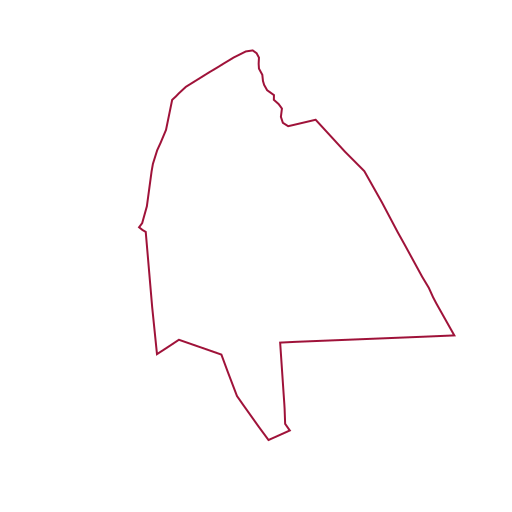 Geminiano, Piauí, Brazil (orthographic projection), rotated 55°
{"feature_id": "56859067B90683897163766", "entity_name": "Geminiano", "entity_type": "district", "adm_level": 2, "iso_a3": "BRA", "parent_name": "Brazil", "parent_adm1": "Piauí", "projection": "orthographic", "projection_center": [-41.357, -7.203], "detail": "fine", "context": "isolated", "style": "outline", "palette": "rose", "viewbox_px": 512, "rotation_deg": 55, "n_neighbors": 0, "source": "geoboundaries", "source_scale": "gbopen_adm2", "svg_char_len": 945}
<svg xmlns="http://www.w3.org/2000/svg" viewBox="0 0 512 512"><g transform="rotate(55 256 256)"><path d="M165.4,335.3L169.5,334.1L173.0,332.5L238.2,370.3L279.6,393.4L280.1,378.7L280.4,367.2L316.9,340.9L334.4,345.5L359.8,351.9L370.9,351.9L397.5,351.7L413.9,351.3L418.3,328.4L410.2,328.4L397.4,320.1L393.5,317.7L384.7,312.4L340.8,285.9L348.9,273.0L418.7,164.3L434.8,139.1L398.3,135.5L391.3,134.6L381.2,132.7L368.3,131.8L332.6,127.8L318.0,126.3L284.4,122.1L248.6,118.6L221.6,123.3L178.6,129.0L169.9,150.8L168.1,155.2L162.3,157.6L156.3,155.8L150.1,150.2L144.6,150.3L138.3,151.8L134.5,149.0L126.6,151.8L120.5,151.2L116.6,149.9L111.2,146.9L104.2,146.1L100.1,143.6L95.2,139.8L90.2,139.2L85.7,140.8L82.6,147.0L80.6,160.4L79.8,172.2L79.4,179.6L78.7,188.6L77.2,216.4L78.5,225.9L79.3,229.9L80.0,235.1L101.1,257.4L108.6,269.3L112.7,276.3L121.4,287.6L126.7,292.9L152.7,316.9L163.8,330.4L165.4,335.3Z" fill="none" stroke="#9f1239" stroke-width="2"/></g></svg>